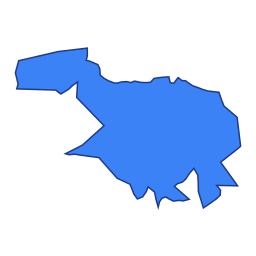 outline of Salvador do Sul, Rio Grande do Sul, Brazil
{"feature_id": "56859067B24348409477030", "entity_name": "Salvador do Sul", "entity_type": "district", "adm_level": 2, "iso_a3": "BRA", "parent_name": "Brazil", "parent_adm1": "Rio Grande do Sul", "projection": "equal_earth", "projection_center": [-51.535, -29.459], "detail": "fine", "context": "isolated", "style": "filled", "palette": "blue", "viewbox_px": 256, "rotation_deg": 0, "n_neighbors": 0, "source": "geoboundaries", "source_scale": "gbopen_adm2", "svg_char_len": 1210}
<svg xmlns="http://www.w3.org/2000/svg" viewBox="0 0 256 256"><path d="M58.0,51.6L18.7,60.7L15.4,72.8L18.1,84.1L16.7,88.9L50.0,89.9L55.7,90.1L60.8,94.0L68.6,89.3L72.2,85.8L77.6,81.9L76.7,97.5L104.0,125.7L82.3,145.2L65.4,153.7L68.8,154.7L75.0,154.2L79.6,155.0L98.9,157.6L117.2,178.3L130.1,184.3L133.9,194.1L137.4,199.0L142.7,196.8L146.2,191.8L148.1,186.9L154.6,192.1L156.0,199.3L158.2,207.1L159.5,201.8L162.0,198.3L165.7,196.9L168.8,198.8L173.3,201.1L179.3,200.4L183.3,200.9L189.2,199.3L185.3,195.9L181.8,192.9L174.4,186.4L177.5,183.7L182.4,182.1L185.7,179.1L189.6,173.2L193.9,168.4L197.8,175.1L198.2,182.4L198.4,191.6L203.4,207.9L210.9,202.8L216.7,198.6L220.2,195.1L220.5,190.1L216.7,185.4L237.6,185.8L220.6,162.2L237.4,149.0L240.6,146.2L237.1,117.3L224.0,106.1L221.4,99.5L219.0,92.3L214.7,91.8L207.9,91.0L203.1,89.6L197.7,87.5L193.0,85.9L188.9,83.3L185.6,80.8L182.0,80.6L178.1,77.6L173.7,83.3L170.2,82.6L168.8,76.8L162.3,77.3L154.1,78.4L150.5,82.3L146.4,82.6L140.8,82.4L134.6,81.1L130.9,82.6L126.8,81.6L121.6,81.9L118.2,82.9L114.5,83.1L108.5,80.8L104.0,78.3L100.2,75.1L99.8,68.9L97.8,64.6L93.7,62.9L89.9,61.2L86.2,60.4L87.3,55.8L87.3,48.1L58.0,51.6Z" fill="#3b82f6" stroke="#1e3a8a" stroke-width="1.5"/></svg>